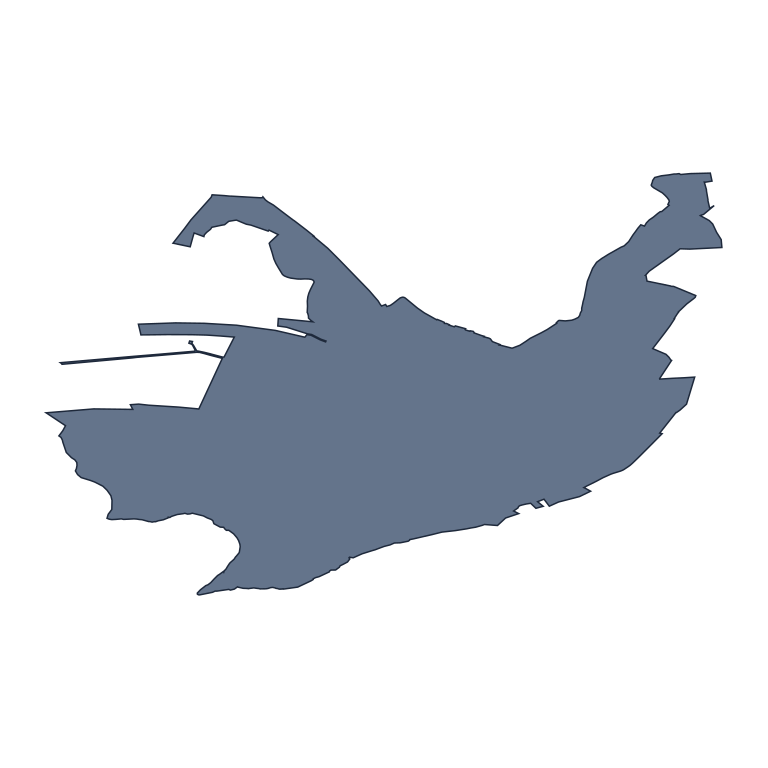 Koknese, Kokneses, Latvia
{"feature_id": "27541924B15582250394198", "entity_name": "Koknese", "entity_type": "district", "adm_level": 2, "iso_a3": "LVA", "parent_name": "Latvia", "parent_adm1": "Kokneses", "projection": "robinson", "projection_center": [25.431, 56.651], "detail": "fine", "context": "isolated", "style": "filled", "palette": "slate", "viewbox_px": 768, "rotation_deg": 0, "n_neighbors": 0, "source": "geoboundaries", "source_scale": "gbopen_adm2", "svg_char_len": 6110}
<svg xmlns="http://www.w3.org/2000/svg" viewBox="0 0 768 768"><path d="M645.4,275.4L649.2,271.2L654.1,267.7L673.7,253.8L680.1,248.8L689.8,249.1L721.9,247.5L721.2,239.6L716.6,232.3L712.7,224.0L709.3,220.6L700.3,215.6L701.0,215.2L703.6,214.4L714.2,205.6L709.7,208.3L707.9,200.5L708.0,199.8L706.5,191.1L706.4,189.5L704.3,182.1L705.3,182.2L712.0,181.1L710.3,173.1L690.3,173.6L680.7,174.5L679.1,173.6L676.2,174.0L674.1,174.0L668.8,174.9L661.3,175.8L654.7,177.5L652.7,180.4L652.3,182.2L651.2,185.1L651.9,186.3L653.7,187.8L662.4,192.9L665.0,195.3L667.1,197.5L668.9,200.0L669.3,201.4L667.9,204.4L669.1,205.3L661.8,211.5L660.2,211.7L657.7,213.5L653.4,217.1L649.3,219.9L646.4,222.9L644.5,226.1L640.8,224.8L637.9,228.2L635.4,231.7L633.0,234.9L628.7,241.6L624.1,245.9L621.0,247.2L608.6,254.2L601.7,258.5L596.6,262.3L592.6,268.3L587.4,281.2L584.3,297.4L583.1,301.6L582.4,305.2L581.7,308.2L581.7,310.6L580.4,312.9L579.7,315.4L578.3,317.4L574.9,319.1L571.8,320.2L565.3,320.9L559.1,320.4L558.3,320.8L556.3,322.8L556.7,323.3L547.1,329.6L541.2,332.8L530.2,338.3L526.4,341.0L522.9,343.3L519.8,345.3L512.1,348.2L500.7,345.3L499.3,345.1L499.9,344.5L492.4,341.6L490.4,338.9L488.8,338.1L483.8,336.8L484.2,336.3L481.4,335.5L474.1,332.9L474.2,332.6L473.3,331.4L470.1,330.8L469.9,331.3L465.1,329.8L464.8,330.0L465.6,328.7L455.3,325.9L454.3,326.8L449.0,325.1L449.3,324.7L446.6,323.5L446.1,323.5L444.4,323.4L444.3,322.4L441.5,321.1L437.1,319.4L436.7,319.8L428.5,315.2L424.5,313.0L417.6,308.2L405.1,297.9L403.8,297.3L402.3,297.2L400.2,297.9L393.1,303.5L390.3,305.4L386.8,306.5L385.6,304.5L381.5,306.0L380.1,304.2L378.1,300.9L369.4,290.8L339.3,259.8L327.7,248.2L313.7,236.5L313.4,236.3L313.9,236.1L306.6,230.2L294.5,220.9L292.7,219.7L281.6,211.3L273.5,205.1L268.0,201.9L265.4,199.9L262.9,196.8L262.5,197.6L260.8,197.8L251.5,197.3L232.4,196.2L229.5,196.1L224.4,195.6L212.1,194.8L211.2,197.2L191.0,219.8L184.6,228.4L173.0,243.2L190.2,246.8L192.9,237.0L194.1,233.0L203.9,236.6L204.3,234.9L206.6,232.4L208.6,230.8L210.5,229.3L211.8,227.3L221.7,225.2L224.6,224.7L228.8,221.3L235.6,220.2L236.5,220.1L241.2,222.1L246.3,224.2L250.9,225.1L268.2,231.1L269.0,230.1L278.2,234.6L270.7,241.6L269.2,243.3L270.1,246.4L272.1,252.6L273.9,259.0L275.9,263.5L278.4,267.8L281.4,272.7L282.5,274.5L284.3,275.9L287.4,277.2L290.7,278.1L297.3,279.0L300.9,279.1L304.6,278.9L308.6,279.0L311.3,279.4L312.8,280.0L313.9,281.2L314.1,282.3L310.5,289.4L308.8,293.3L307.8,297.0L307.3,301.1L307.5,306.3L307.2,312.5L307.7,313.3L308.4,315.8L308.5,318.1L310.9,320.4L312.8,321.8L278.3,318.5L277.8,326.0L286.5,327.2L307.4,333.8L311.7,334.5L320.9,339.2L326.0,341.0L325.6,341.9L320.2,339.9L311.1,335.3L307.0,334.6L304.8,337.2L275.4,330.4L236.5,325.2L204.3,323.3L175.5,322.9L138.4,324.2L140.4,332.5L140.9,334.9L151.9,334.8L167.6,334.6L191.4,334.7L199.8,334.9L207.0,335.1L220.5,336.0L234.3,337.1L224.1,357.0L222.7,357.1L216.6,355.5L211.3,354.1L210.8,353.9L210.3,353.8L204.2,352.3L198.4,351.1L197.7,351.1L197.3,351.0L196.8,350.7L196.4,350.3L193.4,345.2L191.8,343.2L192.5,341.5L189.6,341.0L188.9,343.2L191.6,344.2L192.5,345.1L195.1,350.1L194.7,351.2L158.5,354.3L134.0,356.3L60.4,362.7L61.4,363.4L62.0,364.3L132.5,357.9L136.4,357.4L186.0,353.2L196.6,352.3L199.5,352.4L204.4,353.6L210.4,355.3L220.1,357.8L222.3,358.4L198.8,409.0L196.2,408.7L178.7,407.1L148.7,405.2L138.7,404.1L130.4,404.7L132.8,409.4L93.7,408.9L46.1,412.8L65.5,425.7L62.8,430.7L58.9,435.9L61.0,437.4L62.3,439.9L62.9,442.4L66.3,452.5L71.5,457.7L74.8,459.8L76.8,462.5L77.0,465.4L76.4,468.6L75.4,470.9L77.6,474.6L81.2,477.6L90.3,480.4L94.6,482.0L102.9,486.2L107.1,490.3L110.9,495.7L112.0,500.3L111.8,509.5L108.2,514.3L107.0,518.3L109.2,519.2L111.8,519.6L115.7,519.4L121.4,518.9L123.6,519.4L134.0,518.9L137.0,519.1L139.4,519.5L142.0,519.7L148.8,521.6L150.1,521.6L152.1,522.1L154.1,521.7L155.7,521.7L158.2,520.8L163.3,519.8L168.1,517.9L168.2,517.2L169.8,517.5L171.5,516.4L177.3,514.5L183.2,513.7L184.9,513.3L187.5,514.1L190.0,513.9L192.3,513.2L203.4,515.9L207.2,517.9L211.1,519.4L212.8,520.6L213.9,523.7L220.2,527.1L223.7,527.3L224.6,528.7L226.3,530.3L228.8,530.3L233.6,533.8L237.0,537.8L238.6,540.6L239.9,544.3L240.2,546.7L239.3,552.4L238.7,553.3L236.2,556.3L235.5,557.0L234.1,559.2L230.6,562.3L229.6,563.3L227.5,566.5L226.1,568.9L224.1,571.0L223.8,572.0L223.5,571.4L219.4,574.4L217.6,575.5L214.0,579.1L210.8,582.6L207.9,584.8L205.8,585.6L200.4,589.8L197.3,593.1L197.4,594.2L198.4,594.8L199.6,594.9L212.6,592.3L215.1,591.1L217.0,591.1L228.8,589.4L230.4,590.1L234.4,589.1L237.6,586.8L238.2,587.2L243.1,588.3L247.9,588.5L248.1,588.7L249.9,588.4L253.8,587.9L257.2,588.4L258.5,588.5L260.1,588.9L265.8,588.8L267.9,588.5L270.7,587.6L272.8,587.4L275.3,588.0L276.0,588.4L277.3,588.5L279.2,589.1L281.2,589.1L283.0,588.8L283.1,589.1L284.9,588.9L297.8,587.1L298.8,586.6L311.1,580.8L313.2,579.5L313.2,578.8L315.6,577.6L319.0,576.7L329.3,571.9L329.7,570.9L331.0,570.1L335.6,570.0L339.4,567.2L340.1,565.8L343.2,564.3L347.5,562.0L349.8,559.0L349.0,557.8L349.5,557.2L353.2,557.8L362.1,553.8L372.3,550.6L375.1,549.8L380.1,547.9L384.2,546.4L390.1,544.9L392.8,543.7L394.4,543.0L400.3,542.8L408.2,541.2L409.5,540.3L409.7,539.6L413.4,538.9L433.6,534.2L442.0,532.1L455.4,530.6L466.8,528.8L470.7,528.0L475.7,527.2L482.4,525.3L484.4,524.5L494.8,525.3L497.5,525.5L505.6,518.0L518.7,513.6L513.6,511.0L518.0,507.9L518.3,507.0L519.4,505.8L522.0,505.0L526.2,504.0L530.7,503.3L535.9,508.3L543.2,506.3L537.6,501.7L544.0,499.2L549.3,506.2L558.6,502.0L579.5,496.6L590.6,491.2L585.0,488.1L583.9,487.6L586.8,486.0L596.3,481.3L603.0,477.7L608.8,475.1L610.8,474.2L613.3,473.3L620.2,471.2L621.5,470.7L622.9,470.1L624.1,469.4L628.3,466.6L630.0,465.4L632.6,463.1L638.1,457.8L649.7,446.2L662.1,433.7L659.7,433.1L676.0,412.5L676.4,412.6L680.0,410.1L686.5,404.2L694.7,377.1L683.5,377.8L672.7,378.3L659.7,379.1L659.6,378.6L671.6,360.4L670.9,360.1L668.9,357.2L666.0,354.3L652.7,348.6L658.1,341.6L664.7,333.0L669.9,326.0L674.6,318.8L674.2,318.6L677.3,313.8L678.6,312.1L678.4,311.9L686.8,303.9L693.6,298.7L695.2,297.3L695.8,295.6L684.5,290.9L673.6,286.4L671.1,286.3L670.7,286.0L647.0,281.1L646.0,275.5L645.4,275.4Z" fill="#64748b" stroke="#1e293b" stroke-width="1.5"/></svg>